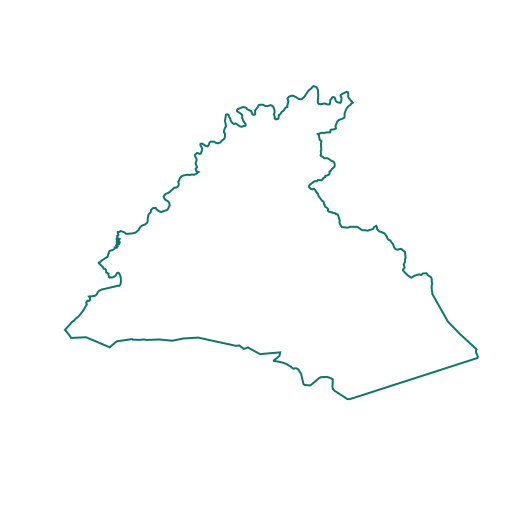 outline of Gontougo, Zanzan, Ivory Coast, rotated 80°
{"feature_id": "98640826B5040161076408", "entity_name": "Gontougo", "entity_type": "district", "adm_level": 2, "iso_a3": "CIV", "parent_name": "Ivory Coast", "parent_adm1": "Zanzan", "projection": "natural_earth1", "projection_center": [-3.58, 7.921], "detail": "fine", "context": "isolated", "style": "outline", "palette": "teal", "viewbox_px": 512, "rotation_deg": 80, "n_neighbors": 0, "source": "geoboundaries", "source_scale": "gbopen_adm2", "svg_char_len": 6141}
<svg xmlns="http://www.w3.org/2000/svg" viewBox="0 0 512 512"><g transform="rotate(80 256 256)"><path d="M121.9,134.1L116.8,137.1L115.2,137.6L112.6,137.0L110.9,137.0L110.5,137.2L110.1,138.3L111.3,142.8L112.0,144.4L112.5,144.8L113.0,145.0L115.2,144.3L119.2,145.5L119.8,146.4L118.7,149.1L117.6,150.2L116.1,150.7L113.8,150.9L112.8,152.3L113.0,153.3L114.3,154.3L115.0,155.6L119.1,156.9L119.4,157.4L119.3,158.9L117.7,161.9L117.8,165.7L117.1,167.8L116.2,168.4L115.0,168.4L108.7,166.8L103.0,166.2L100.3,167.1L99.2,168.7L98.8,170.1L99.0,170.7L100.2,172.0L102.5,175.9L107.6,180.7L109.5,183.9L109.4,185.0L108.5,186.9L106.5,189.0L104.6,191.6L104.3,193.3L104.9,196.0L106.4,197.7L109.3,197.2L113.7,199.2L114.6,199.2L115.0,201.0L116.5,202.7L117.4,203.2L118.7,205.8L120.6,207.5L121.2,209.1L124.3,209.9L124.9,210.6L124.8,212.9L123.7,213.7L122.0,213.4L119.5,213.8L119.0,213.2L117.6,212.7L115.6,212.5L112.2,213.0L110.7,214.2L110.0,215.4L110.4,218.9L109.7,221.0L108.1,223.1L107.7,226.6L108.5,227.7L109.6,228.3L112.6,231.7L115.5,232.0L116.3,232.3L116.6,232.8L116.5,233.9L115.8,235.0L112.5,235.6L110.0,239.1L108.6,239.8L108.0,240.5L107.0,243.1L108.2,248.6L109.2,249.5L110.1,249.5L113.9,245.6L115.3,245.2L117.6,245.6L120.7,245.0L124.4,243.3L125.7,243.6L125.9,244.1L125.8,245.4L126.3,247.4L125.7,249.1L122.0,253.0L121.8,253.5L122.1,254.7L121.8,255.4L120.3,256.5L118.0,257.5L116.3,257.5L114.5,258.2L112.7,258.3L111.7,259.2L111.4,260.0L111.6,261.0L117.3,263.0L123.0,263.0L124.4,264.3L127.4,265.9L128.8,266.1L129.6,265.4L131.1,265.4L134.4,266.3L135.7,267.9L136.4,269.7L138.0,271.3L138.4,274.1L137.5,276.0L136.1,277.5L135.5,280.8L136.2,281.9L139.2,284.0L139.6,284.8L138.6,286.9L137.9,287.2L135.9,289.7L135.9,291.1L136.9,291.5L137.7,291.4L140.1,290.5L141.5,290.5L145.3,292.3L145.7,293.5L145.2,294.7L144.5,295.4L144.4,296.4L145.7,298.5L147.7,298.6L149.6,297.8L151.1,297.8L154.3,299.4L158.1,298.7L158.6,298.8L159.5,300.2L161.3,300.2L162.2,299.8L163.3,298.1L163.6,299.0L164.3,299.5L165.3,303.0L164.5,305.0L164.8,307.0L164.0,309.5L164.1,313.4L164.6,315.5L166.0,317.3L168.2,318.6L169.4,319.7L171.8,319.5L172.8,319.9L174.4,321.3L174.7,322.5L174.6,324.8L178.0,330.0L178.8,332.1L179.1,334.2L180.1,335.5L181.5,336.7L183.4,336.3L184.6,335.8L186.7,333.3L188.2,332.4L189.3,332.2L191.2,332.2L194.7,334.8L195.5,336.6L195.6,338.8L196.4,341.6L194.5,344.4L192.7,345.9L191.4,346.3L190.9,348.3L191.1,349.5L192.7,351.6L193.2,351.5L194.5,352.1L196.0,354.1L197.0,354.8L200.1,356.1L203.2,356.7L204.4,357.5L205.7,359.7L206.0,362.1L206.7,363.7L207.8,365.5L209.8,366.9L212.0,370.4L212.3,373.9L211.8,379.3L211.1,380.6L210.0,381.3L207.9,384.9L208.6,386.6L208.4,388.0L209.4,388.2L211.3,387.8L212.0,388.2L212.3,389.3L213.2,389.3L215.2,390.4L215.5,390.1L215.1,389.5L215.0,388.2L215.5,387.3L216.0,387.6L216.3,389.1L217.0,390.3L217.3,390.4L217.4,388.6L218.1,388.1L218.3,390.5L218.8,390.8L219.8,390.3L219.9,389.9L219.1,388.3L219.4,388.1L220.5,388.6L220.8,389.5L220.4,390.6L220.7,391.5L221.4,392.0L222.6,390.7L223.7,391.7L223.1,393.7L223.8,393.7L224.7,394.7L225.2,396.1L225.5,399.1L226.7,400.3L227.8,400.5L228.5,401.2L230.8,402.1L233.5,408.3L235.0,410.7L235.3,412.0L235.7,412.1L240.3,408.7L242.0,408.3L242.5,406.8L244.2,406.1L246.1,406.4L247.6,404.4L248.0,404.7L250.6,404.3L251.1,404.6L251.9,403.9L251.6,403.0L252.1,402.1L252.1,400.7L251.7,399.1L251.1,397.8L248.7,395.8L248.5,394.5L248.7,394.1L251.4,393.1L254.4,393.0L257.1,393.3L260.2,394.3L261.7,395.7L261.2,397.9L261.4,398.5L262.3,414.4L263.0,416.5L264.1,418.0L266.3,419.8L267.1,420.9L267.3,422.5L266.9,427.5L268.5,426.8L270.8,427.3L271.3,428.4L270.7,429.6L272.4,431.4L274.3,431.0L280.2,436.1L284.8,441.3L286.5,444.6L288.1,446.4L288.7,448.1L295.6,457.0L301.0,453.8L304.6,452.3L306.5,437.5L320.5,415.9L315.9,408.2L316.3,392.5L317.0,391.8L318.4,385.2L318.7,380.9L319.7,378.3L321.4,365.8L324.9,353.1L324.6,341.9L326.3,327.1L341.0,291.4L341.2,288.0L345.4,284.1L344.7,279.8L353.3,269.1L355.1,248.9L358.5,250.3L361.6,255.9L362.1,256.6L362.7,256.4L364.0,251.9L365.9,247.8L367.8,244.6L370.4,241.8L371.0,240.7L371.8,240.5L373.6,238.5L373.4,237.2L373.7,235.6L374.8,234.2L380.1,232.0L390.3,231.5L391.4,230.5L392.8,225.7L392.6,224.4L387.1,214.8L386.6,213.4L387.4,206.9L389.8,202.9L390.9,201.8L398.0,203.4L400.2,203.5L402.3,202.1L412.8,190.8L413.2,188.8L412.8,185.2L394.9,55.6L393.4,55.0L388.8,56.1L386.5,55.4L386.2,55.0L368.1,68.8L353.7,78.5L323.8,89.0L322.5,88.7L320.1,88.8L316.2,88.3L313.2,87.1L311.7,87.5L310.3,87.0L307.6,87.1L304.3,90.5L302.9,90.8L302.6,91.1L302.2,94.9L303.4,96.3L302.4,98.5L302.9,103.0L303.4,104.6L304.4,106.5L301.9,109.5L296.3,113.5L295.3,113.7L294.5,113.3L293.9,112.3L293.0,111.6L290.2,112.0L287.4,110.2L285.1,109.8L283.8,109.0L278.0,108.6L274.6,111.4L274.0,112.5L274.4,115.9L273.1,117.7L271.6,118.5L268.1,119.0L264.0,121.2L262.7,122.9L261.5,123.6L259.8,123.6L256.9,125.1L255.3,126.2L255.0,127.4L254.3,128.1L253.1,130.5L250.5,132.1L248.7,131.9L247.2,132.3L248.0,134.6L249.6,136.0L250.0,137.6L250.0,139.9L250.5,141.4L249.5,144.3L249.0,147.0L245.5,150.5L244.8,151.5L243.5,158.5L244.0,159.7L243.9,161.1L242.5,166.5L238.8,167.9L237.1,167.9L235.9,167.4L230.1,168.0L229.1,168.6L228.7,170.0L228.2,170.0L227.6,170.7L227.0,172.7L226.3,173.4L225.2,176.1L224.5,177.1L223.6,177.3L222.2,176.9L221.4,177.3L219.2,179.5L217.5,179.5L216.5,180.2L215.2,179.9L214.2,180.1L213.2,181.3L207.3,184.2L205.2,184.2L204.2,185.2L203.5,185.3L202.9,185.9L201.3,186.2L199.9,187.2L200.2,188.7L199.7,189.4L199.7,190.1L197.5,191.7L196.1,191.6L195.4,190.9L192.7,185.9L192.5,184.9L193.0,183.2L191.9,181.7L192.8,178.4L192.0,177.1L190.8,176.1L190.3,174.2L189.1,173.7L189.0,171.6L188.4,169.9L187.7,169.2L185.6,169.0L185.3,167.7L183.5,166.1L181.7,163.1L178.7,162.5L176.9,163.0L175.1,165.4L172.2,168.4L171.7,171.1L171.2,172.3L170.4,172.6L168.5,174.8L168.0,174.9L166.6,174.2L163.7,174.0L162.7,173.2L156.7,172.6L154.2,171.6L153.8,171.7L153.0,172.9L152.5,173.1L147.8,173.1L146.7,174.0L146.0,170.2L146.7,167.8L146.5,165.1L147.1,161.5L144.9,160.8L144.7,160.2L144.8,156.7L144.5,155.4L144.2,155.1L141.7,155.1L137.7,152.6L136.5,150.9L135.6,146.3L135.0,144.8L130.7,143.9L126.7,141.4L124.5,139.0L123.6,136.7L122.4,135.6L121.9,134.1Z" fill="none" stroke="#0f766e" stroke-width="2"/></g></svg>